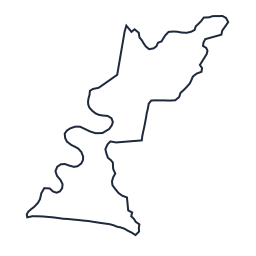 outline of Navegantes, Santa Catarina, Brazil, rotated 87°
{"feature_id": "56859067B7965125554274", "entity_name": "Navegantes", "entity_type": "district", "adm_level": 2, "iso_a3": "BRA", "parent_name": "Brazil", "parent_adm1": "Santa Catarina", "projection": "robinson", "projection_center": [-48.723, -26.826], "detail": "fine", "context": "isolated", "style": "outline", "palette": "slate", "viewbox_px": 256, "rotation_deg": 87, "n_neighbors": 0, "source": "geoboundaries", "source_scale": "gbopen_adm2", "svg_char_len": 2225}
<svg xmlns="http://www.w3.org/2000/svg" viewBox="0 0 256 256"><g transform="rotate(87 128 128)"><path d="M88.9,164.1L93.0,164.7L96.0,165.8L99.3,166.5L102.5,166.5L105.6,165.5L109.0,162.8L111.8,159.5L113.5,156.0L114.2,152.5L114.9,147.7L117.4,144.0L121.2,142.8L124.4,144.0L128.0,146.8L131.7,153.8L131.5,160.6L129.6,165.8L126.5,171.5L124.2,175.8L123.9,180.8L125.4,185.8L127.3,189.1L130.3,191.5L134.7,191.3L138.4,189.7L141.9,185.6L144.1,181.7L145.9,178.8L149.6,175.8L154.2,174.3L157.5,174.6L161.0,176.5L163.5,180.2L164.0,183.9L162.5,188.5L160.7,192.9L160.7,196.9L163.0,200.7L167.4,202.7L172.1,201.4L176.4,198.1L180.7,196.3L184.7,196.9L187.7,199.3L188.9,202.7L187.5,206.2L184.3,209.3L183.7,214.8L188.7,218.0L194.5,219.6L198.1,221.9L201.9,225.9L204.0,229.0L206.2,231.8L208.9,233.6L211.9,233.3L211.1,227.9L211.4,223.3L211.9,217.5L212.7,212.0L213.3,207.5L214.2,202.7L215.2,197.7L215.7,193.0L216.7,186.4L217.4,181.6L218.2,176.9L218.8,172.5L220.0,167.0L221.2,161.2L222.2,156.0L223.0,151.7L224.3,147.7L226.0,144.1L226.9,140.5L228.3,137.0L230.6,133.5L232.6,129.9L235.3,126.1L232.0,122.4L228.3,122.4L224.8,121.7L222.1,125.2L219.0,126.9L216.4,129.4L212.6,128.3L210.3,132.1L197.3,132.7L195.3,137.3L192.4,140.9L188.0,144.1L184.4,146.5L180.4,146.8L176.3,145.3L172.8,143.1L168.3,144.9L165.2,145.0L161.8,144.9L159.2,146.8L156.7,149.6L152.4,150.9L147.9,151.7L143.3,149.3L140.5,146.3L141.8,140.7L141.1,114.9L136.6,114.1L132.0,112.9L128.5,111.9L123.4,110.6L117.5,109.2L114.1,108.5L110.2,107.3L104.8,106.0L101.8,103.4L101.8,99.4L102.1,95.3L102.3,90.9L102.8,85.1L102.8,79.4L99.8,75.3L95.6,73.7L93.2,70.6L90.7,67.9L86.7,63.9L82.9,61.9L80.1,60.6L77.3,56.7L75.7,51.7L72.1,50.9L68.8,52.9L58.2,45.5L55.0,44.6L52.1,45.7L50.0,48.8L46.7,48.2L43.3,46.2L39.7,29.9L35.7,28.8L31.8,25.7L27.5,22.4L23.3,24.3L21.1,27.8L20.9,33.2L20.7,37.5L21.7,41.2L21.7,46.6L25.0,49.3L27.5,52.0L30.0,55.0L33.6,56.4L35.2,60.0L36.0,64.4L35.5,69.3L34.4,74.0L34.0,77.7L34.2,82.5L37.5,86.0L40.1,87.9L43.3,90.0L44.4,93.6L47.8,95.3L49.8,98.2L50.4,102.8L47.4,106.0L44.4,107.9L41.3,109.5L38.1,111.8L33.4,112.3L29.8,116.3L32.2,119.5L29.7,121.3L25.7,124.3L31.4,126.3L74.3,136.0L79.6,144.4L83.0,149.8L86.3,155.2L87.2,161.0L88.9,164.1Z" fill="none" stroke="#1e293b" stroke-width="2"/></g></svg>